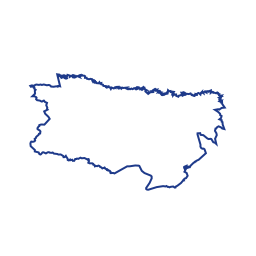 Palenque, Los Rios, Ecuador, rotated 76°
{"feature_id": "8360857B53847682680021", "entity_name": "Palenque", "entity_type": "district", "adm_level": 2, "iso_a3": "ECU", "parent_name": "Ecuador", "parent_adm1": "Los Rios", "projection": "equal_earth", "projection_center": [-79.734, -1.333], "detail": "fine", "context": "isolated", "style": "outline", "palette": "blue", "viewbox_px": 256, "rotation_deg": 76, "n_neighbors": 0, "source": "geoboundaries", "source_scale": "gbopen_adm2", "svg_char_len": 5772}
<svg xmlns="http://www.w3.org/2000/svg" viewBox="0 0 256 256"><g transform="rotate(76 128 128)"><path d="M58.8,183.7L71.1,183.8L70.4,185.1L70.3,185.8L70.9,186.2L70.2,187.4L70.0,190.1L69.2,192.6L68.1,193.1L67.1,194.3L66.9,196.4L65.4,199.2L65.4,201.2L64.7,202.2L64.6,204.1L63.7,206.3L63.7,207.6L64.4,208.6L63.4,211.0L63.5,212.6L64.5,212.2L64.4,211.0L64.8,210.0L65.8,209.9L66.4,209.1L67.2,209.4L68.6,208.4L69.3,209.4L72.2,209.9L74.1,213.1L74.6,211.1L75.8,209.7L76.6,209.4L77.8,210.2L79.0,209.5L80.1,206.9L81.4,205.5L81.5,204.6L81.0,203.4L81.1,202.9L82.6,202.3L84.0,200.5L86.1,201.8L88.8,201.4L90.0,202.0L90.7,201.6L91.6,205.3L94.1,204.9L97.9,202.5L100.2,201.8L104.5,208.3L103.6,211.4L103.7,213.3L104.7,213.6L104.9,214.4L106.3,215.9L107.3,216.0L109.1,214.2L110.1,213.8L112.1,214.6L112.1,215.8L113.0,216.4L114.4,219.2L115.4,219.8L116.0,221.2L117.6,221.1L118.3,221.9L118.4,223.7L117.8,225.1L118.3,225.8L119.6,226.5L122.1,226.8L126.8,223.7L128.2,224.1L130.1,220.6L131.8,220.3L132.5,219.5L132.4,218.8L131.0,216.8L131.2,215.8L132.8,213.8L132.2,211.9L132.3,210.6L133.0,209.9L133.7,207.9L133.6,207.0L134.9,206.1L136.1,202.9L136.9,202.0L137.4,199.7L139.4,197.7L140.7,197.6L140.9,196.6L140.0,195.1L140.5,195.0L140.7,195.5L141.3,194.7L143.2,194.0L144.5,194.2L145.1,193.4L144.6,191.9L145.3,191.8L145.3,189.8L146.5,189.5L146.8,188.1L145.3,186.7L145.6,185.6L145.3,184.9L145.9,183.7L145.3,181.3L146.2,180.2L146.6,177.5L148.4,175.4L148.6,173.8L149.3,173.7L149.9,174.3L150.6,173.8L152.1,174.9L153.0,173.8L153.7,171.1L154.4,170.4L155.1,170.6L156.0,169.4L157.2,169.4L157.1,168.4L157.6,166.9L157.3,165.9L158.0,164.8L159.2,164.4L159.7,163.4L161.0,162.7L160.8,161.3L161.2,160.6L160.9,160.2L162.2,159.7L162.9,158.3L163.7,158.6L164.3,157.8L164.2,157.1L164.8,156.9L165.2,156.0L166.3,155.5L167.1,156.0L167.6,155.7L168.0,153.3L168.8,152.1L165.0,138.1L165.6,135.5L166.1,130.1L167.1,126.8L167.5,126.2L172.9,125.0L175.7,122.9L179.7,117.4L180.7,116.8L182.6,117.2L186.5,120.3L190.6,124.9L191.6,125.1L192.4,124.4L192.8,123.2L192.3,114.4L192.9,108.0L193.8,105.7L193.6,104.7L194.8,103.7L194.9,102.9L195.6,102.1L195.4,100.9L195.7,98.3L197.1,97.1L197.2,96.3L196.4,95.8L196.0,94.1L194.2,89.9L192.4,87.4L192.4,86.5L191.7,86.7L190.8,85.2L190.7,83.8L188.8,81.7L185.8,82.0L184.1,83.8L182.9,82.7L182.2,82.8L182.0,82.2L180.2,83.2L179.3,82.9L178.9,80.7L180.1,81.4L180.1,80.3L181.1,80.9L181.1,80.1L180.2,79.2L180.6,79.0L180.3,78.7L180.3,77.8L180.9,78.3L181.0,77.5L179.7,76.4L177.5,72.6L177.4,71.6L176.9,71.3L176.9,70.3L176.4,69.8L175.9,67.1L171.3,58.5L167.2,58.9L166.3,59.6L166.1,60.9L164.8,62.0L163.4,62.2L161.8,61.7L151.0,62.1L150.0,61.8L150.5,59.2L152.2,59.2L153.2,56.6L157.4,53.5L158.2,52.5L158.5,50.4L158.9,49.8L162.4,48.7L163.3,47.2L164.8,46.2L159.5,46.1L156.4,43.6L154.5,43.5L151.8,44.3L149.7,43.2L149.8,42.5L148.8,41.4L148.3,39.7L149.9,37.6L151.3,36.7L152.3,34.8L147.6,35.3L145.1,34.9L144.5,35.6L143.1,35.2L141.7,37.2L140.8,35.3L139.0,34.3L137.9,35.4L136.5,35.2L134.1,36.7L131.4,39.2L131.6,35.9L132.2,35.1L131.2,32.2L131.6,29.2L127.4,30.8L125.2,30.4L125.6,31.5L125.0,31.6L124.3,32.7L123.7,31.0L123.4,31.9L123.0,31.6L122.5,32.5L121.7,32.0L121.4,30.7L120.8,30.4L121.0,31.7L120.6,32.2L120.0,29.6L119.7,30.0L119.2,29.3L119.1,30.4L118.3,31.7L117.3,31.1L116.5,32.5L115.8,32.1L115.1,32.8L115.5,34.3L114.5,35.9L114.5,36.7L113.6,36.8L113.2,37.7L113.9,39.2L111.6,38.5L111.9,40.5L112.3,40.9L111.6,41.4L111.5,42.3L111.8,42.4L111.3,43.7L112.4,43.6L111.4,44.8L111.5,46.4L112.5,46.4L111.7,47.1L111.8,48.0L110.9,47.6L111.6,48.8L113.1,49.6L111.1,51.0L111.1,51.6L111.5,52.6L112.1,52.1L111.4,53.9L112.5,53.6L112.1,55.2L113.0,55.7L112.6,56.6L111.5,57.2L111.8,57.7L111.4,58.3L109.6,58.9L109.8,60.8L108.9,63.0L109.7,64.1L109.5,65.8L109.8,67.1L108.6,66.9L108.5,66.3L109.1,65.9L108.8,65.4L107.6,66.1L108.4,64.6L108.2,64.3L107.6,64.3L106.7,65.5L106.9,67.5L107.7,67.1L108.9,68.6L109.0,71.0L109.8,71.6L108.5,73.4L107.2,73.2L107.2,73.9L106.6,74.4L107.0,75.1L106.7,75.6L107.3,76.4L106.8,76.3L106.4,77.0L104.7,75.4L104.7,76.4L104.2,76.9L103.7,75.6L103.3,76.6L103.3,77.8L102.4,77.8L102.3,79.1L101.0,80.0L102.4,80.6L103.0,81.9L103.4,80.9L104.2,81.3L104.1,83.5L104.6,85.2L104.3,85.6L104.2,85.1L103.3,85.0L103.5,85.9L104.4,86.6L104.2,87.2L102.8,87.9L101.8,86.9L101.6,88.0L101.3,87.4L100.1,88.0L100.4,90.1L99.4,89.2L98.8,91.3L97.9,90.5L98.0,92.5L97.0,91.8L96.6,92.2L97.4,94.7L98.2,94.9L98.0,96.1L99.1,95.5L98.7,97.6L99.5,99.5L98.1,99.3L98.3,100.3L99.0,100.7L96.7,102.3L95.8,102.0L95.8,100.8L94.5,102.2L92.9,102.3L93.1,103.5L92.1,103.4L92.8,105.5L94.2,104.6L94.4,105.2L93.3,106.0L93.4,106.9L92.2,107.0L92.2,108.0L91.1,107.8L90.5,109.4L90.7,109.8L91.3,109.5L91.1,111.0L92.4,109.9L92.5,110.8L91.0,112.1L91.4,114.2L90.6,115.0L90.9,116.2L90.2,117.0L90.5,117.5L90.1,118.0L90.4,118.5L90.2,119.0L89.0,120.4L88.5,119.4L88.0,123.0L87.5,123.7L88.2,124.9L87.0,125.2L86.7,125.9L87.5,126.7L87.4,127.7L86.5,128.2L85.7,127.5L85.3,129.6L86.3,130.2L85.5,131.1L86.2,132.2L84.8,134.1L86.0,135.2L84.1,135.7L83.6,137.1L82.8,136.9L82.8,138.2L82.4,138.8L83.4,139.1L82.9,139.6L82.0,139.4L81.2,141.7L80.0,141.8L79.1,143.4L77.9,143.0L77.9,144.5L76.7,144.7L77.5,145.8L76.8,147.8L75.9,147.8L75.9,149.1L74.5,148.7L74.4,149.5L75.0,150.7L73.7,151.1L73.1,150.1L72.6,151.1L72.0,151.0L71.2,152.6L71.3,154.0L70.2,156.0L69.3,156.0L68.9,157.6L67.4,157.1L66.6,157.9L66.3,159.2L65.7,159.6L66.2,161.5L65.1,161.1L65.1,162.5L65.5,163.4L66.7,162.9L65.2,164.9L66.0,166.5L65.6,167.0L66.1,167.7L65.6,169.1L65.2,169.3L64.1,167.3L63.3,168.6L63.8,169.6L63.6,170.2L64.3,172.2L63.0,171.9L61.8,173.9L63.2,174.7L61.9,176.5L63.1,176.4L63.6,175.2L65.0,175.2L65.1,176.2L64.2,177.5L62.9,178.1L63.2,180.1L62.4,179.8L61.9,179.1L62.0,178.3L61.5,178.2L61.3,179.0L61.9,180.8L60.6,180.8L60.7,181.6L61.2,181.8L61.0,182.4L60.3,182.8L59.4,182.2L58.8,183.7Z" fill="none" stroke="#1e3a8a" stroke-width="2"/></g></svg>